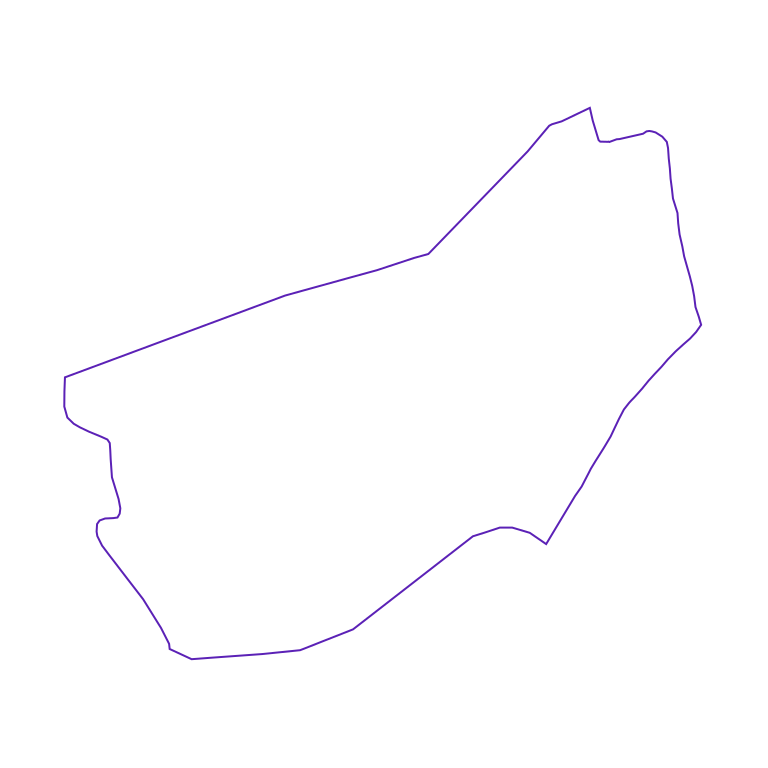 the district of Harib Al Qaramish, Sana'a, Yemen, rotated 356°
{"feature_id": "15242507B30866630212876", "entity_name": "Harib Al Qaramish", "entity_type": "district", "adm_level": 2, "iso_a3": "YEM", "parent_name": "Yemen", "parent_adm1": "Sana'a", "projection": "equal_earth", "projection_center": [44.65, 15.466], "detail": "fine", "context": "isolated", "style": "outline", "palette": "violet", "viewbox_px": 768, "rotation_deg": 356, "n_neighbors": 0, "source": "geoboundaries", "source_scale": "gbopen_adm2", "svg_char_len": 1675}
<svg xmlns="http://www.w3.org/2000/svg" viewBox="0 0 768 768"><g transform="rotate(356 384 384)"><path d="M704.5,347.1L702.7,338.8L700.1,329.0L699.5,318.0L698.3,307.6L696.6,298.0L694.3,287.1L692.3,277.5L691.2,267.6L689.3,255.5L688.7,244.3L688.7,233.9L685.2,219.1L684.8,209.0L684.2,199.1L684.2,188.9L683.8,179.1L683.8,168.4L683.0,162.2L678.9,156.7L672.5,152.0L668.9,150.7L666.3,150.1L663.5,150.3L659.9,152.4L636.0,156.1L633.2,156.1L625.6,158.3L624.9,157.9L624.1,158.0L616.6,157.3L615.1,155.7L610.6,135.8L608.6,122.9L597.2,127.4L579.5,134.4L569.7,136.6L566.8,137.9L543.5,162.0L437.3,257.4L422.6,260.4L384.8,270.0L377.3,271.5L354.4,276.1L318.0,283.5L312.1,284.7L311.0,284.9L291.4,288.9L66.2,355.1L64.7,369.0L63.5,384.2L65.8,395.4L71.7,402.0L77.6,406.0L86.6,411.1L98.3,416.9L104.2,420.1L106.3,423.8L106.3,431.2L106.1,440.0L106.1,458.1L111.2,480.2L112.3,489.6L111.3,494.9L108.8,498.6L104.5,498.9L96.4,498.7L90.8,500.3L88.0,503.7L87.0,511.2L87.4,515.7L91.5,525.6L98.2,535.9L114.4,560.4L128.7,581.9L142.2,607.4L144.5,611.7L151.5,628.2L151.7,633.4L152.2,633.7L152.6,633.9L172.9,645.1L194.0,645.0L243.5,644.9L281.7,643.7L286.3,642.3L305.2,636.3L336.0,626.6L462.1,542.1L473.9,539.3L489.6,535.3L501.9,536.2L519.0,542.6L534.6,555.0L566.8,509.0L574.0,500.1L579.5,491.1L582.2,486.7L584.4,483.0L589.7,475.5L595.0,468.3L598.8,463.1L600.7,460.4L606.4,452.2L611.1,443.8L612.7,441.0L615.8,435.5L621.5,426.2L626.1,421.1L627.4,419.7L629.4,417.8L632.1,415.4L633.6,414.0L641.7,406.1L642.3,405.4L648.4,398.9L649.6,397.8L654.7,392.9L662.0,386.2L668.9,379.2L677.0,372.0L678.6,370.7L685.5,365.3L688.8,362.8L692.4,360.1L699.0,353.9L704.5,347.1Z" fill="none" stroke="#5b21b6" stroke-width="2"/></g></svg>